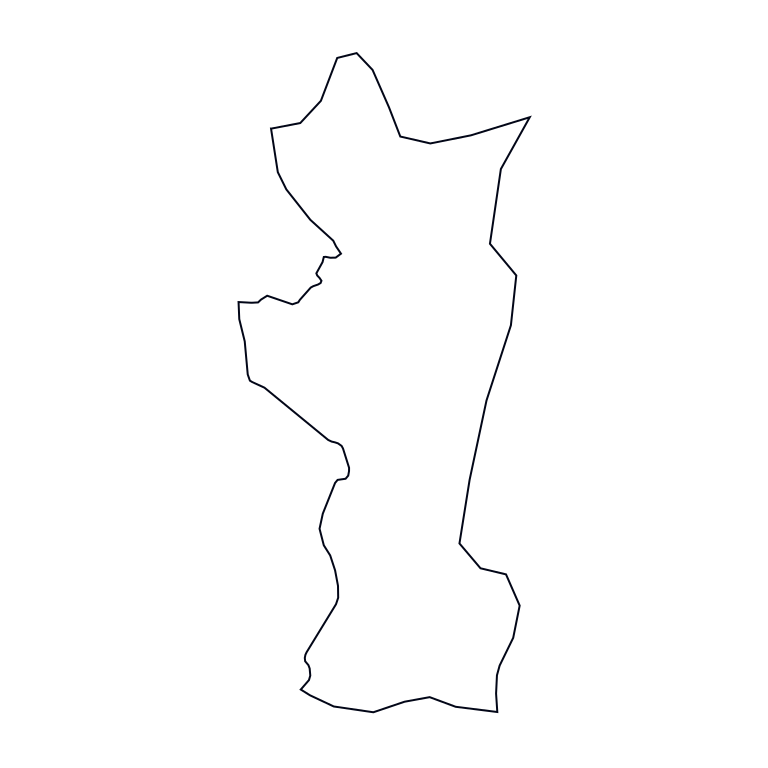 Sirnak, Robinson projection, rotated 94°
{"feature_id": "TUR-3044", "entity_name": "Sirnak", "entity_type": "Province", "adm_level": 1, "iso_a3": "TUR", "parent_name": "Turkey", "parent_adm1": "", "projection": "robinson", "projection_center": [42.613, 37.438], "detail": "fine", "context": "isolated", "style": "outline", "palette": "ink", "viewbox_px": 768, "rotation_deg": 94, "n_neighbors": 0, "source": "natural_earth", "source_scale": "10m", "svg_char_len": 1314}
<svg xmlns="http://www.w3.org/2000/svg" viewBox="0 0 768 768"><g transform="rotate(94 384 384)"><path d="M532.9,438.2L517.6,436.0L486.1,425.9L482.9,423.6L481.2,415.7L477.9,413.3L473.4,412.8L470.0,413.0L451.2,420.4L448.7,422.0L446.4,425.8L445.6,429.0L445.1,432.2L443.7,435.8L396.0,503.0L391.3,515.5L390.0,518.0L384.0,520.6L351.2,525.9L329.4,532.9L312.4,534.8L312.2,521.8L311.4,515.3L308.4,512.6L304.1,506.7L310.9,481.0L308.5,475.2L305.9,473.8L292.9,463.8L291.3,461.3L289.4,456.8L287.7,454.3L285.4,453.6L282.8,455.6L280.4,458.2L278.3,459.2L266.7,453.8L261.5,452.9L261.2,451.0L261.8,446.4L261.3,441.0L257.0,436.0L250.1,441.4L244.6,444.6L225.4,468.9L196.7,495.0L180.1,504.7L137.1,514.5L137.1,514.3L129.5,485.7L105.9,466.7L62.0,453.4L55.8,434.4L71.5,417.3L107.7,398.3L136.0,385.0L140.8,354.6L129.9,314.7L107.7,257.2L161.4,282.4L236.7,288.1L266.5,259.6L316.6,261.5L393.3,280.6L473.5,291.9L537.8,297.6L561.1,274.9L565.4,249.0L595.6,233.2L628.2,237.4L656.8,249.0L666.7,251.0L685.0,250.6L703.3,248.1L701.0,290.0L693.2,316.6L699.5,341.3L712.2,371.7L709.2,411.6L699.7,436.1L694.6,445.7L684.6,438.2L680.0,437.2L673.0,438.3L669.7,439.8L666.1,443.3L662.8,443.9L659.6,443.5L657.0,442.5L607.0,416.5L600.4,414.8L588.6,415.8L573.3,419.8L558.8,425.7L549.1,432.8L532.9,438.2Z" fill="none" stroke="#020617" stroke-width="2"/></g></svg>